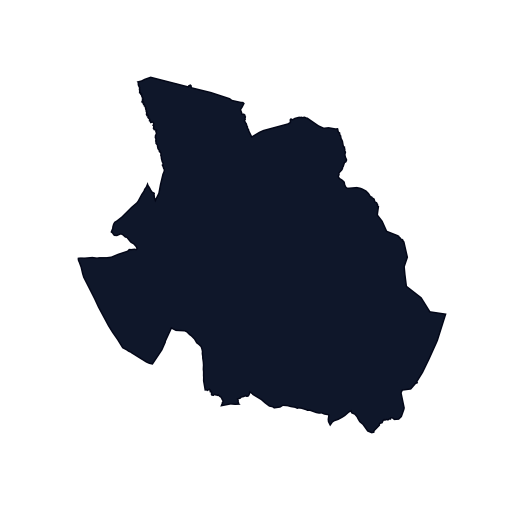 outline of Sør-Aurdal nor, Oppland, Norway, rotated 169°
{"feature_id": "86288312B19107162508437", "entity_name": "Sør-Aurdal nor", "entity_type": "district", "adm_level": 2, "iso_a3": "NOR", "parent_name": "Norway", "parent_adm1": "Oppland", "projection": "orthographic", "projection_center": [9.715, 60.667], "detail": "fine", "context": "isolated", "style": "filled", "palette": "ink", "viewbox_px": 512, "rotation_deg": 169, "n_neighbors": 0, "source": "geoboundaries", "source_scale": "gbopen_adm2", "svg_char_len": 6110}
<svg xmlns="http://www.w3.org/2000/svg" viewBox="0 0 512 512"><g transform="rotate(169 256 256)"><path d="M338.7,449.4L338.4,448.8L338.8,446.7L338.7,445.4L338.2,444.6L338.4,444.3L338.0,443.4L338.6,441.9L338.4,441.2L338.6,441.1L338.6,440.0L339.0,439.1L338.9,438.9L339.0,438.5L338.3,438.4L338.4,437.9L338.1,437.6L338.2,436.9L337.8,436.8L337.9,436.7L337.5,435.9L337.7,435.3L337.3,434.5L337.4,434.3L337.0,434.1L337.4,434.1L337.2,433.3L337.4,432.8L336.8,432.3L337.0,431.4L337.5,431.2L337.4,430.9L338.2,429.6L337.7,429.4L338.2,429.1L337.8,428.9L338.1,428.7L337.7,428.4L337.7,427.7L337.3,427.5L337.5,427.3L337.3,427.0L337.4,426.4L336.7,426.3L336.6,425.4L337.0,424.8L336.1,423.9L336.3,423.5L336.0,422.8L336.2,422.0L335.7,421.4L336.2,420.8L335.7,418.6L336.1,418.5L335.8,417.7L336.2,416.8L335.9,416.3L336.5,415.8L336.1,414.5L335.1,414.8L335.0,413.5L335.6,412.9L335.5,412.4L334.3,410.6L334.3,410.1L334.7,409.2L334.0,408.8L334.1,408.2L333.8,407.1L332.1,407.3L331.5,406.8L331.1,405.7L331.2,405.0L332.1,403.9L331.5,403.2L331.9,401.6L332.3,401.0L331.8,400.2L331.9,399.6L329.7,398.4L330.5,397.6L330.3,395.9L330.4,395.0L331.7,393.3L332.1,391.8L332.2,391.4L331.9,390.3L332.0,389.2L332.2,388.8L332.1,388.4L332.5,388.0L332.3,387.3L332.6,385.6L331.5,383.7L331.7,382.8L331.7,380.3L331.3,379.0L330.5,377.9L330.9,377.0L330.0,375.8L329.6,374.5L330.2,373.1L330.0,371.6L330.2,369.7L330.0,366.3L329.6,365.6L329.6,364.1L329.9,363.5L329.9,363.1L330.5,363.0L330.0,361.2L329.9,359.6L329.6,359.0L329.5,357.8L330.3,356.0L331.7,354.0L336.0,344.5L339.3,336.1L344.2,329.7L344.3,331.4L344.6,332.2L344.6,333.6L344.4,334.3L344.6,335.6L344.0,336.5L344.0,337.0L346.2,338.8L346.2,339.4L346.8,340.6L347.5,343.1L347.8,343.5L347.8,343.9L348.7,346.0L348.8,347.1L350.6,344.4L352.5,342.7L353.5,341.0L356.3,338.2L361.2,332.2L362.8,330.8L368.8,327.4L380.1,319.8L386.0,316.8L388.2,316.0L389.6,314.4L390.9,311.9L391.3,310.4L393.4,307.2L392.4,306.1L391.5,303.9L390.9,303.3L388.7,302.7L385.1,303.5L384.1,303.4L382.7,302.4L380.6,299.6L379.1,299.0L376.7,294.4L375.9,293.2L373.7,291.4L371.8,288.2L371.2,285.8L372.5,285.1L374.0,285.8L377.2,286.0L379.2,286.5L380.5,285.5L381.4,285.1L390.9,283.9L398.1,282.4L402.8,282.7L410.2,284.1L412.5,284.2L417.0,285.7L424.6,286.5L428.7,287.4L430.8,287.6L431.0,286.9L431.0,285.3L430.6,283.8L429.7,278.3L429.5,271.8L429.1,268.0L422.5,244.9L420.3,235.9L414.0,215.6L411.2,208.3L407.7,200.4L404.3,191.4L400.9,188.7L399.2,186.9L396.9,185.3L396.5,184.7L383.8,172.9L381.2,171.1L378.3,169.8L366.4,181.8L361.6,188.7L361.3,189.7L359.6,192.1L352.8,201.5L348.7,198.3L340.2,196.2L338.3,194.8L336.1,191.5L334.7,190.1L332.1,186.2L330.7,182.1L329.2,180.5L327.1,177.6L326.8,175.4L326.7,172.7L327.3,170.3L327.4,167.5L327.7,166.0L327.9,162.0L328.3,158.9L329.3,154.8L329.5,152.3L330.3,148.4L330.4,147.2L331.2,143.5L331.4,134.2L329.9,134.2L329.5,133.4L328.1,133.9L327.5,133.6L327.5,134.0L327.2,134.2L326.4,132.8L326.6,132.3L326.3,132.0L326.7,131.5L325.5,130.8L326.1,128.7L325.8,127.9L324.3,127.4L323.3,128.1L322.7,128.0L322.2,127.4L321.4,127.3L320.6,126.6L319.7,126.9L319.7,126.5L318.6,125.8L318.3,125.1L317.4,124.4L316.9,123.2L316.6,122.2L316.6,121.8L315.8,119.8L317.2,118.1L317.1,117.5L317.3,117.2L317.8,116.8L318.5,115.7L309.2,115.7L304.6,114.4L301.0,113.9L301.4,114.5L301.2,115.4L301.6,116.3L301.1,117.1L301.4,118.6L301.4,119.2L298.6,119.5L297.4,120.4L295.1,120.4L292.7,121.0L292.5,120.4L291.6,120.0L290.2,120.2L289.2,121.4L287.9,123.7L285.9,121.7L285.4,120.7L278.1,114.1L275.1,110.2L271.5,106.2L268.4,104.9L267.1,103.5L261.2,103.2L258.2,104.4L253.5,103.1L250.5,101.6L246.4,100.1L244.5,98.7L243.1,98.8L240.5,98.0L235.6,95.4L235.1,94.8L232.4,94.3L226.7,90.9L224.0,89.8L221.4,89.5L219.1,87.9L214.9,86.3L214.9,85.5L216.2,81.9L216.4,79.6L215.4,76.0L212.8,78.5L210.7,79.4L206.5,80.0L202.1,81.4L199.3,82.5L194.9,85.1L192.3,85.9L191.9,83.8L189.1,81.9L187.4,78.9L186.8,76.7L185.7,73.6L183.1,70.4L179.7,62.9L176.1,60.5L174.0,60.6L173.8,60.9L173.8,61.8L167.3,66.3L167.1,66.6L167.1,67.5L166.3,68.1L164.1,68.3L162.7,70.2L161.7,71.0L161.3,71.0L160.8,70.3L159.5,70.7L157.7,70.0L155.5,70.9L155.1,70.5L154.9,71.2L153.9,71.4L152.8,71.0L151.4,69.2L147.1,68.7L144.0,70.7L140.3,77.0L139.6,78.6L139.8,94.0L138.0,96.5L129.5,96.0L123.0,101.1L122.4,100.6L121.9,101.2L122.4,101.8L114.8,110.0L105.8,122.0L95.8,136.1L94.1,138.6L81.0,162.7L96.0,168.0L101.9,183.4L114.2,197.5L113.4,209.4L112.6,217.3L107.7,225.9L108.2,241.6L108.6,242.3L109.3,242.5L109.3,243.0L108.9,243.3L109.0,243.8L109.6,244.4L110.5,244.6L111.2,246.4L111.9,246.8L112.1,248.0L113.1,248.9L123.1,255.3L125.6,266.0L129.1,273.0L128.6,274.8L126.4,281.2L127.2,281.9L126.9,283.5L127.4,284.3L127.5,285.2L129.0,286.4L129.3,289.4L130.9,290.8L131.1,291.6L132.5,292.6L133.7,295.8L135.7,298.8L139.2,301.6L140.9,302.6L144.1,303.9L152.4,304.8L153.8,305.2L154.7,306.3L155.4,308.8L155.4,311.6L155.7,312.2L157.2,314.2L159.1,315.9L160.0,317.6L159.9,318.7L159.0,320.0L159.0,321.1L158.4,322.0L155.5,324.1L154.5,325.3L154.1,326.6L153.4,327.2L151.4,330.8L149.8,331.4L148.8,333.0L149.0,334.2L149.4,335.7L149.5,337.9L149.2,339.5L148.8,339.9L148.4,340.9L148.9,342.3L148.5,343.7L148.6,345.4L148.4,346.0L149.2,346.6L149.4,347.9L149.3,352.1L149.8,354.1L150.3,354.4L150.0,355.4L150.2,356.1L150.0,357.7L150.7,358.6L150.5,359.2L150.8,359.7L150.5,360.4L150.5,360.9L151.2,361.3L151.5,362.3L151.8,362.6L151.6,363.7L151.7,365.3L153.5,365.4L160.3,368.0L165.1,368.4L169.9,371.8L179.4,381.5L180.6,381.9L181.8,382.9L184.5,383.0L185.0,383.5L186.3,383.5L187.1,383.9L191.6,383.6L193.8,382.8L194.7,383.0L195.5,383.8L196.2,383.4L196.5,382.3L196.5,381.7L196.9,380.4L199.5,379.5L224.7,377.7L229.0,376.7L237.5,373.6L239.4,380.5L239.2,381.0L240.0,383.3L239.8,384.5L240.1,384.9L240.4,387.9L240.8,388.3L241.0,389.5L241.6,390.4L241.3,391.4L240.6,392.0L240.6,393.1L239.9,394.6L240.2,395.2L240.1,396.4L241.0,397.5L242.6,397.7L242.9,398.3L242.8,399.4L243.3,402.2L243.0,403.1L241.3,404.8L238.8,408.0L239.6,409.1L241.6,409.6L250.1,413.3L251.9,415.4L269.1,425.0L287.5,433.5L287.3,434.3L287.7,434.8L287.4,435.0L287.3,435.5L287.9,436.3L289.6,435.8L290.1,434.8L325.3,451.5L331.5,450.6L334.9,449.6L338.7,449.4Z" fill="#0f172a" stroke="#020617" stroke-width="1.5"/></g></svg>